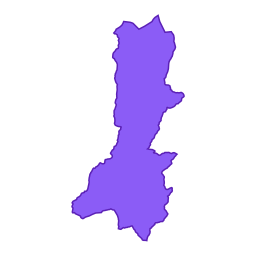 Palpa, Ica, Peru
{"feature_id": "86281439B29793620655674", "entity_name": "Palpa", "entity_type": "district", "adm_level": 2, "iso_a3": "PER", "parent_name": "Peru", "parent_adm1": "Ica", "projection": "mercator", "projection_center": [-75.167, -14.356], "detail": "fine", "context": "isolated", "style": "filled", "palette": "violet", "viewbox_px": 256, "rotation_deg": 0, "n_neighbors": 0, "source": "geoboundaries", "source_scale": "gbopen_adm2", "svg_char_len": 5893}
<svg xmlns="http://www.w3.org/2000/svg" viewBox="0 0 256 256"><path d="M123.7,21.5L123.0,23.3L121.8,25.3L119.7,27.1L116.1,29.3L115.9,30.1L115.2,31.3L113.8,33.0L114.5,33.8L114.9,33.7L115.8,33.9L117.1,34.7L117.3,35.0L117.5,36.6L117.8,37.1L118.7,37.9L119.0,38.5L119.0,38.9L118.3,40.4L118.7,41.2L118.9,42.4L119.1,42.8L119.1,43.3L118.2,45.4L118.5,46.5L118.4,47.9L118.0,48.5L116.9,48.8L116.0,49.5L115.3,50.8L113.5,52.8L113.0,54.0L112.7,57.0L112.8,57.6L113.1,57.9L113.6,58.4L114.2,58.5L114.4,58.7L114.7,59.6L115.6,61.1L116.4,62.0L117.3,64.1L117.3,66.0L117.0,70.0L116.4,71.0L115.9,72.9L115.5,73.3L115.3,73.9L115.4,74.1L115.0,75.4L115.2,76.7L114.8,77.7L114.7,78.3L115.6,81.5L116.1,82.7L116.7,83.5L117.4,84.7L117.3,85.1L117.0,86.0L117.2,89.8L116.6,94.3L116.8,94.9L116.7,96.1L116.9,97.6L116.8,98.1L115.8,99.8L115.2,102.6L115.4,103.4L116.1,104.3L116.3,104.9L114.8,109.5L114.3,110.2L114.1,110.9L114.1,113.1L114.3,114.8L113.8,116.0L114.7,117.9L114.9,119.6L114.9,121.5L114.5,123.3L114.6,123.8L115.3,125.2L116.7,125.9L118.4,126.5L120.7,126.7L121.1,126.9L121.2,127.2L120.8,127.9L120.7,129.3L119.2,130.8L118.9,131.3L119.0,134.2L118.8,134.8L118.3,135.2L118.3,136.7L118.0,138.3L118.0,138.9L117.3,140.2L117.4,140.5L117.9,141.3L117.9,141.7L116.8,143.6L116.7,144.2L116.2,145.3L115.9,145.7L115.3,146.1L114.2,146.5L113.7,149.1L113.3,149.6L112.4,150.0L110.5,153.2L110.7,153.8L111.5,154.4L112.2,155.5L112.3,156.7L111.9,157.6L111.4,158.0L110.5,158.6L109.4,158.9L107.7,159.0L106.6,159.4L105.3,159.6L105.0,160.4L104.7,162.6L104.4,163.4L103.4,163.8L102.6,163.8L101.9,163.6L100.2,162.8L99.4,163.5L98.8,164.7L97.2,166.4L96.1,166.7L95.0,168.2L94.4,168.3L93.7,168.1L93.1,168.6L91.5,171.8L90.8,172.5L90.7,173.2L90.0,174.1L89.5,176.6L89.2,177.9L88.9,180.7L89.2,181.8L88.9,183.7L87.8,188.9L87.0,190.5L86.4,191.1L85.6,191.3L84.8,191.2L84.5,191.3L84.4,191.6L84.4,192.3L84.2,192.5L82.0,193.1L81.5,193.4L80.7,195.2L80.2,195.8L79.5,196.5L77.4,197.6L76.9,198.2L76.8,199.1L76.4,199.6L73.2,201.2L72.9,201.5L72.3,202.5L72.1,202.9L72.8,203.5L73.0,204.1L72.2,205.8L72.0,206.6L72.0,206.9L72.5,207.3L72.9,208.0L72.9,208.9L72.3,211.9L72.5,212.6L72.9,212.9L73.2,212.9L73.8,212.6L74.4,212.6L74.7,212.8L75.3,213.7L79.8,215.7L80.4,216.1L80.9,217.5L81.6,218.1L82.6,218.6L83.3,218.5L85.4,217.1L89.3,215.9L92.3,214.4L95.7,213.0L101.2,212.6L101.5,212.5L101.9,211.7L102.5,211.1L103.0,210.8L103.3,210.8L103.7,210.6L105.0,210.5L106.1,210.1L106.7,210.1L108.5,209.6L109.7,209.5L110.8,208.9L111.7,209.3L112.5,209.8L114.0,210.0L114.4,210.3L117.4,215.4L118.3,218.2L118.4,219.5L118.7,220.6L118.3,224.7L118.5,225.8L118.8,226.2L118.9,226.4L118.6,227.1L118.4,228.7L120.0,229.2L120.9,229.3L123.2,227.7L123.5,227.6L124.5,228.0L124.9,227.9L125.7,227.5L127.3,227.4L128.2,226.9L129.3,226.9L131.4,226.0L132.2,226.0L133.9,229.2L135.0,230.2L135.5,231.8L136.4,232.7L137.6,233.5L138.2,235.4L139.0,236.0L141.8,238.6L142.2,239.7L142.5,240.0L143.4,240.3L145.9,240.4L146.8,240.6L147.0,239.0L147.7,236.6L148.2,235.8L148.8,235.3L149.7,233.5L149.9,233.1L150.1,231.6L149.8,230.6L150.1,228.5L150.6,228.2L151.3,228.0L151.7,227.5L151.8,227.0L152.8,226.3L153.7,225.3L154.6,224.7L154.8,224.5L154.6,224.1L154.7,223.8L155.5,222.8L157.4,222.7L158.1,222.4L159.0,222.3L160.5,221.6L162.7,221.5L163.2,220.8L163.8,220.3L164.0,219.4L164.5,218.5L165.1,218.0L166.1,216.7L166.7,216.2L167.0,215.4L167.6,214.6L167.8,213.9L167.7,213.5L167.2,213.0L166.1,210.9L164.5,209.3L164.4,208.6L164.5,207.4L164.3,206.6L164.3,206.2L164.7,205.6L164.9,204.8L166.5,203.8L167.9,202.2L168.1,201.6L168.1,200.0L168.4,197.7L168.1,196.9L167.7,196.6L167.6,196.2L169.2,195.2L170.8,192.5L171.4,192.2L172.0,191.6L172.3,190.5L172.1,189.6L172.2,188.2L171.9,187.7L171.5,187.6L169.7,188.3L168.3,189.2L167.1,189.5L166.2,189.3L165.6,188.7L165.2,188.1L164.7,186.5L163.8,185.4L164.3,183.1L164.2,181.3L163.9,179.6L164.0,178.4L164.3,177.8L164.2,176.6L163.7,176.0L163.0,174.8L161.8,173.5L161.7,173.0L162.2,171.5L162.8,170.9L165.5,168.9L167.2,168.1L168.3,166.7L169.2,166.1L170.5,164.7L171.7,163.7L171.8,163.2L171.2,161.7L171.1,160.5L172.0,159.7L172.9,159.3L173.2,158.9L174.0,157.9L174.5,156.9L175.6,155.9L176.1,155.1L177.0,154.2L175.7,153.4L174.2,152.7L173.6,152.7L173.0,152.8L171.5,153.5L170.4,153.2L168.9,152.4L168.0,152.5L164.8,152.5L163.9,153.3L162.6,153.4L161.7,153.9L160.6,154.9L159.7,155.2L159.1,155.2L158.7,155.0L156.9,153.6L155.9,153.2L155.3,153.0L154.7,153.1L153.7,152.8L153.6,152.5L154.9,151.3L154.9,151.0L154.6,150.7L152.4,149.6L149.3,149.3L147.6,148.9L148.2,148.4L149.3,147.0L149.6,145.8L150.4,145.0L150.5,144.6L150.3,143.8L150.2,143.2L151.5,141.6L152.0,140.4L152.1,139.5L153.2,138.9L154.2,137.8L154.7,135.7L155.4,134.3L156.9,133.0L157.5,131.3L158.8,130.0L159.4,128.9L158.9,126.6L158.3,125.2L158.4,124.8L159.2,124.0L159.1,123.0L159.4,122.2L160.5,121.3L161.1,120.3L161.0,119.0L161.2,118.6L161.3,117.7L161.6,117.0L161.9,116.6L162.8,114.0L163.1,112.8L164.0,112.0L165.5,111.7L166.1,110.3L166.9,109.2L166.9,108.0L167.1,107.5L167.6,107.5L168.6,108.0L170.1,108.1L170.6,108.0L172.3,107.4L173.9,106.6L174.9,105.8L176.2,104.0L176.8,103.8L178.1,103.7L179.1,102.6L180.7,101.4L181.4,100.7L181.7,98.5L182.1,97.9L183.1,97.3L184.0,96.5L184.0,95.7L183.9,95.1L183.2,93.8L182.6,93.2L181.5,92.5L180.7,92.5L179.0,92.9L177.3,92.6L176.2,92.8L175.0,92.5L174.4,92.1L172.9,91.8L172.0,91.0L171.6,90.1L170.5,89.6L170.4,89.4L170.6,88.2L170.2,87.3L170.0,86.0L168.6,85.1L166.1,84.9L165.4,84.7L164.9,84.0L164.7,83.3L164.9,82.5L164.4,80.6L164.5,79.9L164.2,78.9L164.4,78.5L165.3,77.9L165.8,77.2L166.3,74.7L167.6,71.9L168.4,68.8L168.7,63.7L169.1,61.7L170.0,59.9L171.0,58.6L171.4,57.4L172.1,56.6L172.6,54.8L173.0,53.0L172.9,52.5L173.0,52.0L173.6,51.0L174.9,49.1L175.5,47.1L174.3,42.5L173.8,41.5L174.1,39.2L174.1,37.8L173.7,35.5L173.4,34.7L171.9,32.7L171.3,31.7L165.0,32.3L159.7,21.5L158.1,15.4L155.1,17.4L154.1,18.4L153.2,19.5L152.0,21.6L144.5,26.3L138.9,29.2L133.1,23.4L131.8,22.8L130.1,22.3L123.7,21.5Z" fill="#8b5cf6" stroke="#5b21b6" stroke-width="1.5"/></svg>